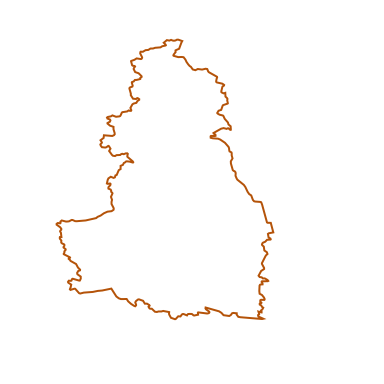 SVG path tracing the border of Kemerovo, rotated 202°
{"feature_id": "RUS-2401", "entity_name": "Kemerovo", "entity_type": "Region", "adm_level": 1, "iso_a3": "RUS", "parent_name": "Russia", "parent_adm1": "", "projection": "natural_earth1", "projection_center": [87.523, 54.5], "detail": "fine", "context": "isolated", "style": "outline", "palette": "amber", "viewbox_px": 384, "rotation_deg": 202, "n_neighbors": 0, "source": "natural_earth", "source_scale": "10m", "svg_char_len": 5988}
<svg xmlns="http://www.w3.org/2000/svg" viewBox="0 0 384 384"><g transform="rotate(202 192 192)"><path d="M264.0,58.5L264.8,58.3L268.0,55.7L268.8,56.1L268.8,58.1L269.3,60.9L272.4,61.5L272.9,61.7L273.3,62.2L273.0,63.6L271.2,64.2L270.6,64.6L270.6,66.3L270.1,66.9L263.3,67.6L262.8,67.9L262.7,70.0L263.5,71.9L267.4,72.8L268.2,73.9L267.9,76.1L266.5,77.4L266.7,78.1L269.4,79.2L272.5,81.8L278.8,82.6L279.7,83.3L281.3,83.8L281.4,84.2L280.6,85.0L280.5,85.5L280.8,85.7L287.6,86.3L287.8,86.6L287.6,87.9L288.1,89.2L287.5,90.9L287.7,91.6L290.3,92.4L290.5,93.0L290.2,94.3L290.5,95.2L291.2,95.6L292.9,95.6L294.1,96.0L294.4,96.3L295.0,98.1L296.9,99.1L297.4,99.8L297.6,100.7L296.2,101.3L298.2,105.0L299.5,106.0L299.6,106.7L299.1,108.1L299.3,108.8L300.9,109.9L305.3,111.0L305.6,111.8L304.8,113.0L302.6,113.5L302.3,114.2L302.9,115.3L302.1,116.8L297.7,117.4L296.2,118.1L295.1,118.7L293.1,121.0L292.2,121.3L289.5,121.2L288.2,121.6L279.9,125.8L271.1,131.9L270.2,133.6L267.9,135.9L265.7,139.3L263.0,142.1L259.4,144.1L258.1,146.0L258.2,147.0L258.8,147.9L262.1,150.7L262.9,152.7L263.2,154.8L265.3,157.1L265.2,160.9L265.6,161.4L267.0,161.9L267.6,163.2L268.4,163.8L270.7,163.8L271.1,164.4L271.2,165.5L270.3,167.6L270.5,168.9L271.2,169.2L273.1,168.0L274.1,168.0L274.7,171.7L274.6,173.3L273.0,175.7L270.0,175.7L269.0,176.7L269.2,178.7L268.2,179.6L268.1,184.8L266.8,186.5L268.0,189.5L266.2,191.3L266.1,193.3L265.2,194.3L264.6,195.6L264.0,196.0L261.2,196.8L258.1,197.1L257.6,197.4L257.6,197.6L258.4,198.2L265.0,200.4L265.4,200.9L265.8,203.3L266.5,203.6L268.0,202.9L269.4,201.5L271.0,201.3L271.9,200.5L272.5,199.4L275.8,197.9L276.8,196.5L278.9,196.0L280.1,196.4L284.2,199.0L283.8,201.6L286.2,203.4L286.9,203.4L288.2,201.4L289.1,200.7L292.3,199.8L294.0,200.8L294.8,201.8L294.1,203.5L294.1,204.2L296.2,205.7L294.2,209.0L294.9,211.6L286.9,214.1L285.6,215.5L285.3,216.6L285.9,217.8L288.3,220.8L289.2,223.0L292.8,222.8L296.0,223.8L296.2,224.3L294.4,226.5L294.5,227.9L295.3,228.5L297.9,228.4L298.7,229.2L298.1,230.1L295.5,231.8L294.5,233.2L290.6,233.3L287.7,234.9L287.1,235.5L286.9,236.2L286.8,239.2L286.5,239.9L282.3,242.4L281.3,243.9L279.8,244.0L278.9,244.5L278.9,245.1L280.6,246.9L280.1,250.9L279.3,252.1L277.0,253.8L276.7,255.8L275.5,257.7L275.7,258.3L277.6,258.7L278.1,258.4L278.7,257.3L281.6,256.4L285.0,258.8L285.5,260.2L288.8,264.5L288.9,265.2L288.6,265.8L286.8,267.4L286.8,267.8L286.8,268.3L288.8,270.9L288.8,271.5L287.5,272.6L286.9,274.5L285.3,275.2L282.4,277.3L282.3,277.5L282.7,278.3L281.8,279.9L282.2,280.5L286.0,282.1L289.6,281.9L292.2,284.2L292.3,285.1L291.8,287.0L292.3,287.3L294.4,286.9L295.0,287.1L297.5,290.4L297.5,290.7L294.9,293.0L293.4,295.1L289.2,296.1L288.7,296.5L288.5,297.6L288.7,298.2L291.9,301.0L292.3,302.4L292.1,302.9L290.1,303.6L288.2,306.1L285.7,307.4L284.3,309.4L281.8,310.5L280.2,311.9L275.4,314.3L274.2,316.0L271.4,317.9L271.2,318.3L271.7,318.8L274.1,319.8L272.2,323.4L269.7,323.9L268.4,325.2L266.7,325.2L265.4,325.5L264.1,326.3L263.0,327.6L261.8,328.1L257.6,328.3L257.8,326.7L257.6,320.0L260.3,317.2L260.2,316.6L259.6,315.6L260.5,312.5L260.4,311.6L260.1,311.4L255.3,311.9L252.0,313.4L250.3,313.8L247.7,312.3L245.9,310.6L243.3,308.9L241.3,307.9L240.0,307.7L237.2,305.9L234.5,306.2L232.7,308.2L228.5,309.3L225.5,311.4L223.9,311.7L222.2,309.9L221.3,309.4L212.0,308.2L211.6,307.6L211.6,306.4L211.1,303.7L210.7,303.1L210.0,302.9L204.4,303.8L202.3,303.3L202.2,302.7L203.2,301.3L203.2,300.7L202.6,296.5L202.3,295.7L201.6,295.4L199.6,295.3L198.3,296.4L196.7,293.0L194.7,292.2L194.0,291.6L193.7,290.2L192.0,287.7L192.1,287.3L195.7,284.2L195.9,283.4L195.7,279.1L197.8,277.3L198.2,274.7L197.5,274.3L195.4,274.0L192.0,274.5L191.3,274.2L189.1,272.1L184.7,269.9L183.5,268.3L180.8,267.4L179.4,264.5L179.4,264.1L180.1,264.0L182.0,264.7L182.9,264.3L183.5,263.5L186.6,263.1L188.7,261.6L194.2,254.7L193.8,254.3L191.8,254.0L191.2,252.9L191.7,252.5L195.4,251.1L195.6,250.6L195.0,249.3L192.8,249.6L187.8,251.2L185.5,251.2L179.9,250.0L175.0,247.5L174.0,246.4L173.2,244.8L172.4,243.7L170.3,243.5L169.8,243.0L168.9,240.8L167.0,238.3L167.5,235.0L166.6,233.0L162.4,227.6L161.4,227.2L160.2,227.2L159.1,226.6L158.5,225.7L157.7,223.3L155.5,221.1L154.5,220.4L146.6,218.0L144.4,216.6L140.5,213.0L138.2,211.5L135.8,211.0L132.6,207.5L131.1,206.7L129.9,206.8L124.9,208.4L124.0,208.4L122.3,206.6L111.1,191.9L110.3,191.8L107.4,192.9L101.5,185.0L105.3,182.5L105.9,181.6L104.0,178.6L101.8,178.2L101.3,177.6L101.4,177.3L104.5,175.8L105.5,173.3L107.2,171.6L107.5,170.8L107.5,169.6L107.0,169.0L105.0,168.3L103.0,164.9L100.0,164.2L98.8,162.8L99.7,160.9L99.9,159.4L100.5,152.3L100.3,151.6L96.7,148.6L96.3,147.6L98.3,144.7L98.9,139.3L97.4,138.5L95.4,139.0L93.9,138.4L92.3,139.1L91.6,139.1L89.0,138.7L88.0,138.1L88.3,137.7L93.7,135.4L93.8,134.7L92.4,133.7L92.0,132.8L93.8,131.9L94.2,131.4L94.3,130.5L92.5,125.4L91.2,123.0L88.5,122.7L85.7,121.1L84.5,119.9L84.5,119.1L87.6,117.9L88.1,117.2L87.7,116.1L86.1,115.3L86.1,115.1L87.3,114.4L87.4,113.7L87.0,113.0L85.4,112.8L84.0,111.7L82.6,111.4L82.8,109.4L83.6,108.1L83.6,107.7L82.5,106.9L82.4,106.4L85.6,106.0L84.0,104.1L83.9,103.7L84.6,102.8L84.5,102.3L83.8,101.4L78.4,101.2L79.4,100.5L100.3,94.0L102.3,93.6L104.7,95.1L105.1,96.3L108.5,95.3L109.4,94.6L109.9,92.5L111.0,91.0L116.6,89.6L119.5,91.0L122.2,91.5L136.1,90.0L135.9,89.1L135.1,88.5L131.2,87.5L130.8,87.0L130.8,86.4L131.5,85.6L132.5,85.0L141.2,82.7L141.3,82.2L140.4,80.5L143.7,78.3L144.4,78.2L146.1,78.8L146.9,78.7L149.8,77.5L150.2,76.9L150.4,75.7L154.1,75.7L155.0,75.3L155.5,74.6L156.1,72.3L158.2,71.6L159.5,68.2L160.1,67.7L164.4,67.5L167.2,69.8L167.7,70.5L168.2,72.1L174.2,70.9L175.7,69.7L178.3,68.7L179.6,67.6L181.5,67.1L185.5,68.7L187.1,68.1L187.9,68.2L189.3,69.3L188.7,70.7L189.3,71.2L192.0,71.6L193.9,70.8L196.6,72.8L201.0,72.6L201.8,72.1L203.0,70.0L203.2,69.1L203.2,68.3L201.7,66.7L201.4,66.0L201.8,64.8L202.7,64.7L206.5,65.4L210.2,66.7L212.5,68.3L217.8,66.1L220.0,66.0L223.0,66.8L230.6,72.2L238.4,67.0L242.3,65.0L246.5,62.2L254.6,58.2L257.6,56.0L258.8,55.9L264.0,58.5Z" fill="none" stroke="#b45309" stroke-width="2"/></g></svg>